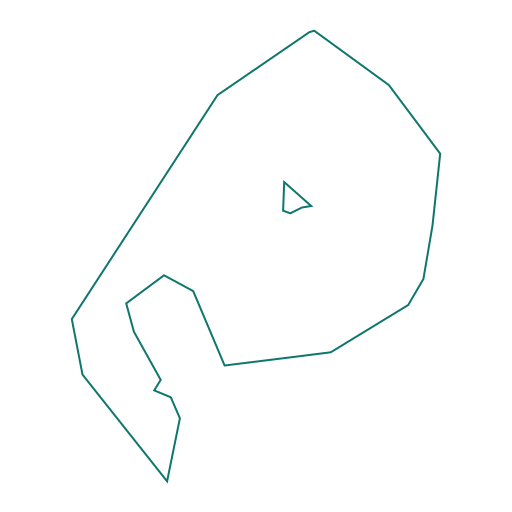 outline of Manassas, Virginia, United States of America
{"feature_id": "52423323B4882289186137", "entity_name": "Manassas", "entity_type": "district", "adm_level": 2, "iso_a3": "USA", "parent_name": "United States of America", "parent_adm1": "Virginia", "projection": "orthographic", "projection_center": [-77.487, 38.744], "detail": "fine", "context": "isolated", "style": "outline", "palette": "teal", "viewbox_px": 512, "rotation_deg": 0, "n_neighbors": 0, "source": "geoboundaries", "source_scale": "gbopen_adm2", "svg_char_len": 457}
<svg xmlns="http://www.w3.org/2000/svg" viewBox="0 0 512 512"><path d="M309.3,32.2L217.5,95.1L71.8,319.1L82.5,374.6L167.1,481.3L179.9,418.3L170.8,397.3L154.2,390.4L160.7,379.9L133.9,331.7L126.2,303.4L164.0,275.3L193.2,291.1L224.6,365.5L330.7,352.3L408.2,305.0L423.4,279.0L432.5,225.5L440.2,153.7L388.9,85.1L314.2,30.7L309.3,32.2ZM283.1,210.7L284.2,182.1L311.2,206.0L302.0,207.5L290.3,213.3L283.1,210.7Z" fill="none" stroke="#0f766e" stroke-width="2"/></svg>